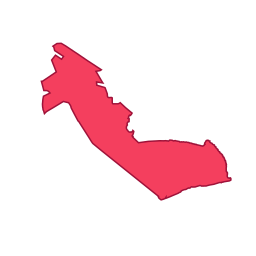 the district of Mihai Viteazu, Constanta, Romania, rotated 43°
{"feature_id": "2599482B93855145128935", "entity_name": "Mihai Viteazu", "entity_type": "district", "adm_level": 2, "iso_a3": "ROU", "parent_name": "Romania", "parent_adm1": "Constanta", "projection": "orthographic", "projection_center": [28.817, 44.637], "detail": "fine", "context": "isolated", "style": "filled", "palette": "rose", "viewbox_px": 256, "rotation_deg": 43, "n_neighbors": 0, "source": "geoboundaries", "source_scale": "gbopen_adm2", "svg_char_len": 5484}
<svg xmlns="http://www.w3.org/2000/svg" viewBox="0 0 256 256"><g transform="rotate(43 128 128)"><path d="M201.2,158.0L202.2,156.4L203.3,154.2L203.1,153.6L203.0,152.9L203.4,153.4L203.5,153.6L203.8,153.3L205.8,149.1L206.6,147.2L209.2,141.5L209.4,140.5L209.8,139.7L210.1,138.9L210.1,138.2L209.8,137.7L211.0,135.0L212.2,133.5L212.8,131.5L213.4,130.3L214.0,130.0L214.4,129.2L214.4,128.6L214.4,128.1L214.7,127.5L215.4,127.2L217.2,125.5L219.8,121.0L220.6,120.5L221.3,120.4L224.7,117.1L225.5,115.7L226.6,114.0L229.1,110.7L230.6,108.1L231.8,106.0L232.4,105.1L233.6,104.3L233.5,103.9L233.9,103.3L234.4,102.9L234.4,102.5L237.0,99.1L238.2,97.6L238.7,96.3L238.7,95.8L237.9,95.1L237.7,94.8L237.0,94.6L236.9,94.6L236.6,95.0L236.5,95.5L236.2,95.5L235.7,96.0L234.9,96.2L234.7,96.3L233.6,95.7L232.9,95.0L232.6,94.4L232.2,94.2L232.0,93.9L232.0,93.7L231.5,93.4L231.4,93.3L231.5,93.2L231.2,92.9L230.6,92.8L230.4,92.9L230.2,92.9L229.9,92.6L229.6,92.5L229.4,92.6L228.7,92.0L228.4,91.7L228.2,91.4L227.3,90.5L227.1,90.3L226.9,90.1L226.6,89.5L226.3,89.1L225.9,88.9L225.5,88.6L225.4,88.5L225.3,88.4L225.3,88.0L225.1,87.8L224.8,87.5L224.6,87.5L224.4,87.6L224.2,87.5L224.0,87.1L223.9,86.9L223.6,86.8L223.2,86.8L223.0,86.7L222.9,86.4L222.5,86.2L222.4,86.0L222.1,85.8L221.9,85.9L221.7,85.7L221.5,85.4L221.4,85.3L221.2,85.3L220.9,85.6L220.6,85.6L220.3,85.3L220.1,85.1L219.9,84.9L219.7,84.8L219.6,84.7L219.0,84.6L218.8,84.4L218.5,84.2L218.3,84.1L218.1,84.3L217.9,84.3L217.7,84.1L217.2,84.3L217.0,84.2L216.9,84.0L216.7,84.0L216.4,83.9L216.0,83.5L215.7,83.7L215.2,83.3L214.3,83.2L214.1,83.3L213.9,83.4L213.7,83.3L213.3,83.3L213.1,83.2L212.9,83.2L212.8,83.3L212.5,83.5L212.3,83.4L212.0,83.4L211.8,83.4L211.7,83.2L211.3,83.0L211.2,82.9L210.8,83.1L210.6,83.2L209.9,83.1L209.1,83.0L208.8,83.0L208.7,82.9L208.7,82.7L208.5,82.4L207.8,82.4L207.6,82.5L207.4,82.6L207.2,82.5L206.5,82.4L206.0,82.5L205.8,82.4L205.4,82.4L205.1,82.3L205.0,82.2L204.9,82.0L204.7,82.2L203.6,82.1L203.4,82.0L203.3,81.8L203.0,81.6L202.7,81.5L202.0,81.9L200.7,82.2L200.3,82.1L200.2,82.0L200.0,81.9L199.6,82.1L198.2,82.5L197.5,82.5L197.4,82.5L196.8,81.7L196.3,82.1L196.1,82.2L195.7,82.1L195.2,82.6L194.8,82.4L194.1,83.2L193.8,84.0L194.1,84.9L194.3,86.2L194.4,86.9L195.4,87.4L195.3,87.8L195.2,88.2L195.4,88.6L195.4,89.0L195.4,89.3L195.2,89.7L195.0,89.9L195.0,90.3L193.7,91.1L193.1,91.3L192.9,91.6L192.4,91.7L191.7,92.2L190.9,92.6L190.5,92.9L188.9,93.8L188.8,93.6L188.5,93.8L188.5,94.0L187.9,94.5L187.3,94.5L187.0,94.9L186.5,95.1L186.4,95.1L185.9,95.3L185.9,95.5L185.7,95.7L185.4,95.8L185.1,95.8L184.6,95.9L184.3,96.1L184.1,96.3L183.5,96.7L183.4,96.9L183.2,97.0L182.8,97.0L182.3,97.1L182.0,97.5L181.7,97.6L181.5,97.8L181.3,98.0L180.5,98.3L179.9,98.8L179.8,99.1L179.7,99.3L179.0,99.7L178.0,100.3L177.8,100.5L177.0,101.5L176.6,101.6L176.3,101.9L175.6,102.8L175.3,102.9L174.8,102.9L174.5,102.9L173.7,103.5L173.4,103.8L172.8,104.0L172.5,104.3L171.5,104.9L171.1,105.0L170.2,106.3L169.7,106.6L169.0,106.7L168.1,107.3L167.1,108.1L166.7,108.6L166.7,109.3L166.5,110.0L165.7,110.4L165.4,110.8L164.4,111.4L162.8,113.1L160.1,115.5L151.9,124.0L149.8,126.6L145.7,131.6L138.2,131.5L138.1,131.3L137.8,131.2L137.6,130.9L137.1,131.2L136.8,131.1L136.4,130.9L136.2,130.6L136.2,130.3L136.2,130.1L136.3,129.9L136.3,129.7L135.9,129.2L135.8,128.9L135.7,128.6L135.4,128.0L135.3,127.7L135.2,127.6L134.8,127.5L134.6,127.3L134.8,127.0L134.5,126.5L133.3,126.5L133.6,127.0L133.5,127.3L133.4,127.6L133.5,128.1L133.4,128.6L132.7,129.0L132.6,129.3L132.5,129.5L131.9,130.0L131.3,130.2L129.9,130.2L129.3,129.9L128.8,129.9L128.5,130.0L128.3,130.0L127.3,129.5L126.7,129.0L126.2,128.4L126.1,128.2L125.9,128.0L125.6,127.3L125.7,127.0L125.4,126.5L125.5,126.3L125.5,126.2L124.5,125.6L124.2,125.1L124.0,124.7L123.9,124.2L124.0,123.9L123.9,123.3L124.0,123.1L124.4,122.7L124.2,122.3L123.8,121.9L123.3,121.4L123.1,121.0L122.8,120.8L122.3,120.3L121.8,120.6L121.9,120.9L121.6,121.0L121.6,120.7L121.6,120.3L121.2,120.1L121.1,119.9L120.9,119.5L120.6,119.1L120.6,118.8L120.4,118.4L120.4,118.0L120.3,117.6L120.5,117.4L120.7,117.7L121.0,117.6L121.1,117.1L121.2,116.8L121.2,116.1L121.0,114.9L120.9,114.5L120.8,114.3L115.9,114.6L112.3,114.8L105.0,114.8L104.9,115.5L104.7,116.2L104.3,116.9L104.0,117.3L100.8,120.3L100.6,120.5L100.3,120.6L99.7,120.5L99.3,120.3L96.9,117.8L96.0,116.8L95.7,116.7L95.4,116.8L95.0,117.0L93.4,118.7L93.0,119.0L92.6,119.1L92.2,119.1L91.8,119.0L91.3,118.8L91.1,118.6L89.5,117.1L84.2,114.4L83.7,114.2L83.4,114.3L82.6,114.6L80.8,115.6L79.5,116.2L77.6,117.2L75.9,118.0L75.4,117.4L75.2,117.1L74.9,116.9L74.5,116.8L74.3,116.5L73.6,115.8L78.9,112.2L77.3,111.8L65.9,108.4L68.4,105.1L68.6,104.6L68.8,103.6L55.8,105.8L52.5,106.4L41.9,108.0L30.3,109.9L26.5,110.5L21.5,111.6L21.3,111.7L18.4,114.7L17.3,119.4L18.5,119.4L21.6,121.4L32.0,119.6L32.5,123.0L25.3,124.2L25.8,130.4L37.3,135.9L33.6,152.0L32.8,152.9L40.9,158.0L42.9,156.2L43.3,155.9L43.8,155.7L44.5,155.5L45.3,155.4L47.1,155.6L44.5,162.4L45.7,164.3L46.3,165.2L48.5,168.0L48.9,168.6L49.3,168.9L49.6,169.4L50.1,169.7L50.4,170.1L51.7,171.2L52.1,171.4L52.5,171.8L53.5,172.6L54.0,172.8L54.5,172.9L55.0,173.2L56.4,174.1L57.1,174.5L57.1,174.4L57.1,174.0L57.2,171.9L57.3,171.3L57.9,169.2L59.3,164.5L62.6,152.8L62.6,152.7L66.7,150.4L67.2,150.0L70.3,150.7L70.6,150.9L71.4,151.1L72.6,152.0L79.6,154.5L86.3,156.8L86.5,156.9L87.0,156.9L87.8,156.9L91.2,157.8L94.3,158.6L105.6,161.5L110.8,162.9L112.2,163.2L112.9,163.3L124.3,162.6L196.5,157.2L196.4,157.4L198.5,158.2L199.3,158.2L201.2,158.0Z" fill="#f43f5e" stroke="#9f1239" stroke-width="1.5"/></g></svg>